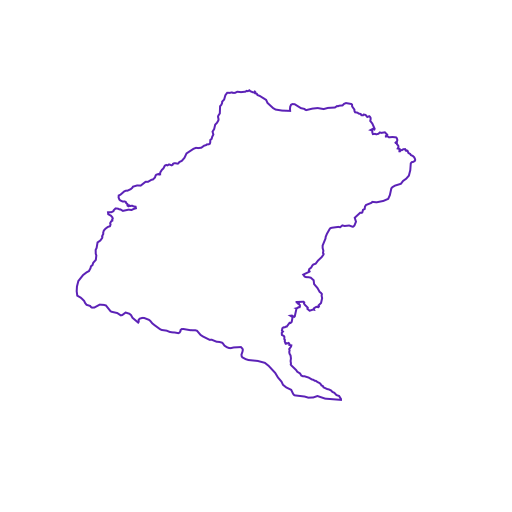 Montufar, Carchi, Ecuador (orthographic projection), rotated 71°
{"feature_id": "8360857B57734122630891", "entity_name": "Montufar", "entity_type": "district", "adm_level": 2, "iso_a3": "ECU", "parent_name": "Ecuador", "parent_adm1": "Carchi", "projection": "orthographic", "projection_center": [-77.805, 0.568], "detail": "fine", "context": "isolated", "style": "outline", "palette": "violet", "viewbox_px": 512, "rotation_deg": 71, "n_neighbors": 0, "source": "geoboundaries", "source_scale": "gbopen_adm2", "svg_char_len": 6103}
<svg xmlns="http://www.w3.org/2000/svg" viewBox="0 0 512 512"><g transform="rotate(71 256 256)"><path d="M235.3,437.9L238.3,435.3L240.1,434.3L242.6,433.1L244.7,432.9L247.0,432.1L249.2,429.1L250.6,428.6L251.4,427.9L252.1,425.6L251.1,419.6L252.7,415.8L253.9,414.0L260.9,411.5L261.7,410.7L264.8,405.7L268.1,403.2L268.3,401.7L267.0,397.7L269.4,394.5L271.2,393.4L274.2,392.9L280.6,389.1L280.0,388.3L278.2,387.8L277.4,386.4L277.5,383.7L278.2,381.9L281.5,378.0L282.9,377.1L285.9,376.0L288.3,374.5L293.9,370.6L295.2,369.3L297.5,364.8L299.7,362.3L300.9,360.1L301.9,357.7L303.7,354.5L303.5,353.2L302.6,352.0L301.5,351.5L300.9,350.1L301.4,348.4L304.8,342.2L306.5,337.5L307.5,336.1L312.6,334.1L314.8,332.4L320.2,327.1L320.7,325.2L324.2,321.2L325.3,318.7L326.8,316.4L327.8,315.8L330.5,315.0L332.8,313.2L334.2,311.5L334.9,309.9L335.2,306.9L337.2,299.9L339.2,299.0L340.4,299.0L342.0,299.9L344.6,301.9L346.3,302.2L347.4,301.9L350.2,299.3L351.9,297.0L355.8,288.5L359.9,282.4L364.0,279.8L372.8,275.9L378.0,274.8L383.1,272.8L386.6,272.4L390.1,270.2L394.0,266.3L398.3,265.8L399.6,265.4L400.4,264.7L404.7,255.8L407.0,252.6L408.4,247.9L408.4,243.5L413.4,237.0L419.7,222.5L418.9,222.2L415.4,223.0L413.7,225.2L410.8,226.5L409.4,228.0L407.6,228.8L405.9,230.5L405.0,232.0L402.2,234.9L400.6,235.2L399.8,236.2L397.8,236.7L396.8,237.3L395.2,238.9L393.6,240.0L393.0,241.2L391.8,242.0L391.0,243.3L388.1,245.8L385.5,249.3L385.0,250.8L383.8,252.1L381.4,252.6L378.8,254.7L377.1,255.1L371.2,258.1L370.0,258.5L368.9,257.9L366.6,257.5L364.2,256.3L361.3,255.7L359.3,256.1L357.5,255.8L356.3,255.0L354.8,254.9L353.0,252.3L352.0,251.7L350.9,253.5L349.8,253.1L348.8,253.5L348.8,255.3L348.4,255.6L348.7,256.4L348.4,256.6L345.9,256.6L344.8,256.0L343.7,256.3L341.8,255.5L340.7,255.7L339.1,257.2L337.1,256.7L336.2,255.1L335.0,255.8L332.9,254.6L332.4,253.3L332.8,252.0L332.5,250.7L332.8,250.0L330.1,246.0L330.6,245.2L329.9,243.7L325.7,241.3L323.7,242.9L324.0,241.4L326.0,239.7L325.7,239.0L318.8,234.8L318.6,235.0L318.7,233.5L318.2,232.6L318.6,231.4L318.0,230.9L316.6,230.5L315.4,231.2L314.4,230.7L314.4,231.9L313.8,232.0L313.1,232.7L312.7,232.6L314.7,226.0L315.6,225.5L316.5,226.1L317.8,225.8L321.7,223.9L322.7,224.6L325.2,223.1L325.2,219.4L325.7,218.6L324.7,218.6L324.3,218.2L323.7,215.5L324.7,213.7L324.2,212.9L323.1,213.0L321.6,209.8L317.4,207.2L315.0,206.9L313.4,206.1L312.0,206.6L310.7,207.5L306.3,208.3L301.5,210.2L297.7,209.4L294.3,211.3L293.2,213.2L292.3,215.5L291.3,216.7L289.0,217.4L288.2,210.5L288.0,210.3L287.0,210.8L285.7,209.9L284.9,207.6L283.3,205.8L282.7,204.6L282.7,202.1L280.6,199.0L278.4,194.2L276.6,191.7L276.1,191.4L275.0,191.7L273.0,190.6L270.1,190.4L267.8,189.6L262.1,184.6L260.6,183.9L258.1,181.7L254.5,177.6L253.9,176.6L254.0,175.0L255.3,168.6L256.2,167.1L255.2,164.4L256.5,162.4L257.5,158.0L259.8,155.1L259.9,154.5L259.2,153.0L256.1,150.3L252.0,150.2L249.0,143.4L249.6,142.0L249.4,141.3L247.2,139.8L246.9,137.9L244.8,136.9L243.6,135.4L243.3,129.5L242.7,128.4L244.5,124.5L245.4,117.6L245.0,112.4L242.0,109.6L236.1,106.0L235.3,104.6L234.7,101.6L234.9,95.5L232.9,92.5L231.8,88.8L229.8,85.3L225.1,82.2L218.8,79.5L218.0,78.2L218.2,76.7L217.8,74.9L217.0,74.2L215.7,74.1L214.1,74.3L212.4,75.2L211.0,76.7L209.7,77.0L208.3,78.3L205.8,78.5L205.2,79.1L205.4,79.8L205.0,80.1L203.5,80.2L203.0,82.0L203.4,83.4L203.1,84.4L203.9,85.9L203.7,86.3L201.6,85.4L200.5,87.0L199.4,85.8L197.9,85.6L196.3,86.3L195.0,86.0L194.7,87.1L194.3,87.2L193.4,85.3L192.4,84.6L190.5,84.5L189.4,85.0L187.9,88.3L187.1,91.6L185.8,92.5L185.3,94.3L184.9,94.2L183.9,92.5L181.0,93.9L180.4,97.4L179.5,98.7L180.3,100.4L180.1,102.7L179.3,103.6L178.8,105.8L177.1,105.8L175.3,105.2L174.2,106.6L173.8,104.0L174.9,102.9L174.3,102.4L168.6,102.9L165.5,104.0L163.8,103.0L162.6,102.7L161.3,103.0L160.7,103.4L160.8,105.5L158.3,106.5L157.3,108.1L157.8,109.0L157.2,110.5L155.8,110.8L154.8,112.5L153.5,113.4L152.4,115.5L150.9,115.7L149.6,115.3L145.9,116.4L144.1,115.9L143.3,116.4L140.7,121.1L140.8,123.2L141.8,125.2L141.0,128.3L141.1,129.8L140.6,130.5L141.3,133.0L139.4,139.8L139.1,144.2L136.2,149.5L135.0,154.7L134.4,161.0L133.8,161.8L132.8,162.2L130.8,165.4L125.1,170.0L124.2,172.1L124.4,173.6L125.9,175.0L127.8,175.9L129.9,176.5L127.0,184.0L123.9,189.8L121.7,191.7L115.0,195.3L111.7,195.6L105.8,200.4L104.3,202.2L102.9,202.4L101.9,203.8L100.9,203.3L100.2,203.6L100.8,204.4L100.3,205.5L98.3,207.8L97.2,208.3L97.5,210.1L96.8,211.2L97.2,212.4L96.2,216.8L94.6,220.2L94.9,222.7L94.2,224.8L93.5,225.5L93.2,227.7L92.3,230.1L94.0,232.6L97.7,235.2L99.0,237.7L100.4,238.3L101.8,239.6L102.7,241.2L109.4,243.8L111.0,245.9L112.0,246.6L114.5,246.9L115.6,247.5L117.4,249.6L118.5,251.8L122.3,254.2L124.3,256.6L127.3,256.8L129.0,258.6L130.8,259.8L131.4,261.4L133.9,262.4L134.8,263.1L135.0,264.3L134.5,266.2L134.9,267.0L134.8,269.2L135.8,272.4L135.2,275.4L134.2,277.5L134.3,280.2L136.4,288.3L139.9,291.7L141.9,295.2L142.2,297.9L143.2,299.4L143.1,300.2L142.1,301.9L141.7,303.2L141.8,304.4L142.6,305.1L142.8,306.2L141.1,308.4L141.5,310.2L140.7,311.2L140.9,312.8L143.1,315.1L143.8,316.8L145.7,319.2L146.5,319.6L146.8,320.2L147.6,320.2L147.5,321.1L146.7,321.6L146.7,323.8L147.1,324.6L148.9,326.0L150.1,328.5L149.9,330.1L150.7,334.0L149.9,336.3L151.9,342.1L150.6,345.4L150.4,349.8L151.2,350.7L152.0,352.7L152.4,356.3L151.9,357.6L152.0,359.5L153.9,364.2L154.1,366.1L156.0,366.9L158.2,366.8L159.3,366.2L161.1,364.3L161.7,362.4L162.6,361.5L163.8,361.5L164.9,360.7L166.5,361.1L167.5,360.4L167.5,359.9L166.9,359.4L167.8,358.6L168.1,356.8L169.3,355.5L170.2,353.8L171.8,354.0L171.7,356.5L172.0,358.7L170.7,361.3L170.0,367.2L167.8,369.0L167.5,369.9L166.3,371.1L165.3,373.3L166.4,375.6L167.2,376.2L167.5,378.4L166.5,381.7L168.4,382.1L170.7,380.0L172.8,379.2L174.1,379.3L174.6,380.1L175.8,380.3L176.1,381.7L177.5,383.2L178.9,383.3L180.3,384.4L180.3,386.7L181.2,389.5L182.4,391.6L184.2,392.9L185.4,393.2L187.2,395.1L187.9,395.0L188.9,395.6L190.7,398.2L191.6,401.4L196.5,404.1L198.0,405.6L201.7,406.8L203.5,406.8L207.5,408.7L209.4,412.1L211.4,413.6L212.0,415.4L213.7,416.5L215.9,418.9L216.3,421.5L217.7,425.7L221.8,432.1L226.5,435.2L230.9,437.0L235.3,437.9Z" fill="none" stroke="#5b21b6" stroke-width="2"/></g></svg>